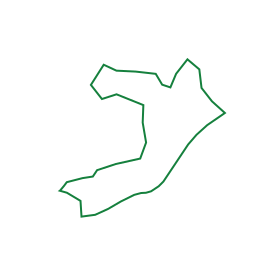 the border of Zilupes, rotated 52°
{"feature_id": "LVA-5746", "entity_name": "Zilupes", "entity_type": "Municipality", "adm_level": 1, "iso_a3": "LVA", "parent_name": "Latvia", "parent_adm1": "", "projection": "mercator", "projection_center": [28.074, 56.289], "detail": "fine", "context": "isolated", "style": "outline", "palette": "green", "viewbox_px": 256, "rotation_deg": 52, "n_neighbors": 0, "source": "natural_earth", "source_scale": "10m", "svg_char_len": 661}
<svg xmlns="http://www.w3.org/2000/svg" viewBox="0 0 256 256"><g transform="rotate(52 128 128)"><path d="M175.8,42.4L174.5,63.8L175.5,78.1L178.0,90.7L192.0,133.1L192.8,139.7L192.1,148.8L190.1,153.7L187.3,157.7L184.5,164.3L181.5,178.9L179.5,193.5L176.2,207.3L169.2,219.2L156.2,210.3L141.4,216.0L135.5,220.3L135.5,220.0L134.2,214.0L133.0,209.6L139.5,194.7L144.6,185.6L142.2,178.3L148.9,159.7L159.6,137.2L150.6,122.7L132.8,113.1L119.4,101.8L94.4,116.3L89.1,130.7L71.2,130.7L63.2,108.2L75.7,101.8L88.2,87.3L102.4,72.8L114.9,74.4L122.1,69.6L114.9,56.7L110.5,38.9L125.7,35.7L141.7,45.4L158.7,45.4L175.8,42.4Z" fill="none" stroke="#15803d" stroke-width="2"/></g></svg>